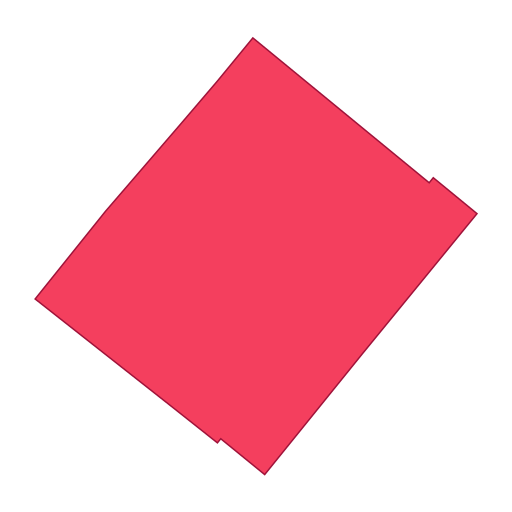 outline of Ford, Kansas, United States of America, rotated 129°
{"feature_id": "52423323B50939961364147", "entity_name": "Ford", "entity_type": "district", "adm_level": 2, "iso_a3": "USA", "parent_name": "United States of America", "parent_adm1": "Kansas", "projection": "albers", "projection_center": [-99.859, 37.691], "detail": "fine", "context": "isolated", "style": "filled", "palette": "rose", "viewbox_px": 512, "rotation_deg": 129, "n_neighbors": 0, "source": "geoboundaries", "source_scale": "gbopen_adm2", "svg_char_len": 335}
<svg xmlns="http://www.w3.org/2000/svg" viewBox="0 0 512 512"><g transform="rotate(129 256 256)"><path d="M420.4,111.7L264.9,111.8L84.0,110.9L83.6,167.5L90.1,167.5L88.5,395.7L144.6,396.1L200.9,397.6L315.9,401.1L428.4,400.6L426.1,227.3L425.5,168.4L420.2,168.4L420.4,111.7Z" fill="#f43f5e" stroke="#9f1239" stroke-width="1.5"/></g></svg>